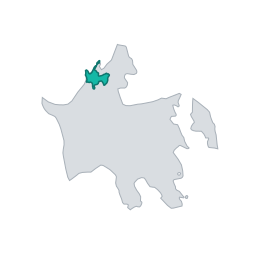 Neftchala District, Neftçala, Azerbaijan (highlighted), rotated 203°
{"feature_id": "54616110B40961788089107", "entity_name": "Neftchala District", "entity_type": "district", "adm_level": 2, "iso_a3": "AZE", "parent_name": "Azerbaijan", "parent_adm1": "Neftçala", "projection": "albers", "projection_center": [49.058, 39.291], "detail": "fine", "context": "in_parent", "style": "filled", "palette": "teal", "viewbox_px": 256, "rotation_deg": 203, "n_neighbors": 0, "source": "geoboundaries", "source_scale": "gbopen_adm2", "svg_char_len": 5686}
<svg xmlns="http://www.w3.org/2000/svg" viewBox="0 0 256 256"><g transform="rotate(203 128 128)"><path d="M170.4,200.8L169.4,200.8L162.6,202.4L161.2,201.8L155.5,194.4L154.3,193.6L151.8,193.2L150.3,192.0L149.2,190.0L148.5,188.5L142.6,184.4L141.7,183.0L141.6,181.7L142.5,180.5L143.5,179.5L146.4,178.6L149.8,177.8L150.9,177.1L151.5,176.1L151.5,174.4L150.9,172.7L146.1,169.6L145.6,168.2L145.4,166.6L145.7,164.9L146.5,163.6L150.5,161.9L152.6,160.0L151.3,157.9L147.1,153.1L142.1,147.9L138.7,147.8L134.8,149.3L128.5,153.6L125.0,155.5L120.5,158.5L115.5,161.9L111.4,165.6L108.8,168.6L104.4,169.8L102.0,172.4L94.3,179.9L92.2,179.7L92.2,175.9L92.4,172.9L91.9,171.1L89.6,168.6L89.6,167.6L90.3,167.0L92.1,167.4L94.5,167.3L95.7,166.4L93.2,163.2L91.0,161.0L89.1,159.5L88.7,158.7L88.7,158.1L89.1,157.4L92.5,155.7L92.8,154.1L92.7,152.3L87.6,149.5L83.6,150.4L80.2,147.3L78.1,145.0L75.4,142.4L72.9,141.0L70.6,137.8L66.6,134.5L64.0,133.5L64.1,133.0L64.6,132.5L65.7,132.0L73.1,132.4L74.0,131.9L74.5,130.5L75.6,128.6L76.8,125.6L76.8,123.1L69.6,118.8L64.4,114.9L60.9,109.9L58.6,105.4L58.7,103.9L59.5,102.5L65.3,98.6L65.8,97.5L65.7,96.8L63.7,94.6L61.3,92.4L60.5,90.7L59.0,89.9L55.9,89.7L50.7,86.8L49.6,86.5L49.3,85.9L49.6,85.4L53.5,84.5L53.5,83.6L52.4,82.4L50.2,81.4L48.4,79.2L47.8,77.3L54.9,72.0L56.9,71.0L61.4,72.2L70.5,76.2L69.8,78.3L70.7,79.5L72.8,81.1L76.9,82.9L80.3,83.8L82.1,83.2L84.8,82.6L88.2,84.6L91.3,87.0L92.9,88.0L93.8,88.3L96.2,87.6L99.2,84.7L100.5,81.1L100.8,79.4L99.2,76.9L95.8,74.2L91.9,71.8L89.5,69.7L88.0,65.7L86.4,65.2L86.0,64.6L85.8,63.3L85.9,61.4L86.5,59.9L88.1,59.3L89.7,59.2L91.2,57.8L93.1,55.1L93.9,53.6L97.2,54.6L97.6,57.1L98.2,57.6L99.6,57.4L102.0,56.4L103.8,57.2L106.2,60.2L109.4,63.4L111.2,65.5L111.8,66.9L113.5,68.3L116.0,70.0L117.9,72.6L119.6,78.6L121.3,80.0L127.7,82.4L130.0,82.9L136.3,83.8L138.6,83.2L141.9,78.2L144.9,72.9L147.6,71.8L152.6,69.3L155.5,67.0L156.8,64.4L159.6,59.5L161.3,56.8L164.2,59.2L169.2,65.9L176.4,76.7L178.2,79.7L179.3,83.3L180.3,87.6L182.0,91.4L189.4,100.9L192.6,104.4L197.8,108.9L199.7,110.0L202.1,110.2L206.6,110.2L210.7,111.9L212.8,113.2L214.9,115.0L216.8,117.0L218.8,122.6L211.6,120.9L204.4,121.2L200.3,122.5L196.3,124.1L192.6,126.5L190.2,131.0L188.2,141.5L185.3,151.3L185.4,155.8L186.7,160.1L186.6,162.2L185.2,163.1L183.5,164.9L181.3,173.9L180.2,175.7L178.7,176.8L178.3,175.8L178.4,173.4L175.2,171.3L173.5,173.7L172.3,178.6L169.9,183.8L169.8,184.8L170.4,200.8ZM64.2,106.5L64.5,105.1L63.7,104.5L62.7,104.4L61.9,105.1L61.8,106.8L62.9,107.2L64.2,106.5ZM38.7,146.3L37.7,144.8L37.2,143.9L40.4,143.4L45.9,141.7L47.3,142.7L48.8,144.8L49.5,146.5L49.5,149.6L50.1,150.2L52.7,149.2L53.8,150.5L55.8,152.1L59.2,153.7L64.3,151.6L66.8,151.1L68.9,151.2L70.0,152.0L70.3,154.4L69.8,157.4L69.1,159.0L70.1,160.3L74.2,163.3L75.8,165.0L74.9,167.7L77.7,174.6L78.7,177.3L79.8,180.6L73.5,179.1L62.2,175.9L59.1,174.4L56.3,170.5L54.6,168.6L52.1,166.1L50.0,165.2L48.5,163.5L47.7,161.0L46.4,158.8L44.2,156.1L39.3,147.2L38.7,146.3ZM48.0,88.4L47.3,88.9L46.2,88.4L46.0,87.3L46.1,86.2L47.2,85.9L48.0,86.3L48.2,87.3L48.0,88.4Z" fill="#d9dde1" stroke="#a8b0b8" stroke-width="1"/><path d="M166.8,158.0L166.6,158.1L166.3,158.4L166.2,158.5L166.0,158.9L166.0,159.5L165.6,160.0L165.4,160.3L165.2,160.9L165.1,161.7L165.1,162.4L165.2,163.7L165.4,164.3L165.6,164.8L166.0,165.4L166.1,166.0L166.2,166.8L166.2,167.4L166.0,168.0L165.9,168.4L165.8,169.0L165.9,169.5L166.4,169.8L166.9,170.0L167.1,170.1L167.3,170.0L167.6,170.0L168.1,169.7L168.5,169.7L168.9,170.0L169.1,170.0L169.3,169.9L169.8,169.4L170.1,168.9L170.3,168.5L170.9,168.1L171.4,167.7L171.7,167.1L172.0,166.6L172.4,166.2L172.9,165.8L173.5,165.4L174.0,165.0L174.5,164.7L175.0,164.5L175.5,164.5L176.0,165.1L176.1,165.5L176.2,166.1L176.4,166.5L176.6,166.9L176.8,167.1L177.6,167.1L178.1,167.1L178.4,167.3L179.0,167.7L179.7,168.1L180.2,168.3L180.9,168.3L181.4,168.4L181.8,168.8L181.7,169.6L181.6,170.1L181.5,170.9L181.5,171.5L181.4,172.0L181.3,172.5L181.4,173.0L181.6,173.0L182.2,172.5L182.5,171.4L182.8,170.6L182.8,170.0L182.8,169.0L182.8,167.9L182.8,167.3L182.9,166.8L182.9,166.5L182.9,165.9L183.0,164.9L183.3,164.2L183.8,163.4L184.1,163.0L184.6,162.8L185.4,163.0L186.0,163.7L186.6,164.2L187.2,164.7L187.8,164.9L188.5,165.1L189.0,165.1L189.3,164.7L189.5,164.2L189.1,163.6L188.7,162.9L188.4,162.3L188.2,161.7L188.0,161.1L188.0,160.6L187.8,160.0L187.1,159.5L186.5,158.9L185.8,158.3L185.4,157.6L185.0,156.9L184.5,156.3L184.5,155.4L184.4,154.8L184.3,154.1L184.2,153.7L184.2,153.8L183.9,153.9L183.8,154.2L183.5,154.3L183.0,154.6L182.7,154.6L182.0,154.7L181.6,154.7L181.3,154.9L181.0,155.1L180.9,155.3L180.6,155.5L180.3,155.7L179.8,155.6L179.4,155.5L179.1,155.4L178.6,155.3L178.5,155.2L178.2,155.0L178.0,154.8L177.8,154.5L177.6,154.1L177.6,153.8L177.3,153.4L177.1,153.2L177.0,152.8L176.8,152.5L176.7,152.1L176.2,151.7L176.0,151.4L175.8,151.1L175.6,150.7L175.3,150.6L174.9,150.6L174.5,150.6L174.2,151.0L174.2,151.7L174.3,152.1L174.7,152.5L174.9,152.7L175.3,153.0L175.5,153.4L175.6,153.7L175.6,153.9L175.5,154.4L175.2,154.8L174.8,155.2L174.5,155.3L174.1,155.6L173.8,155.9L173.5,156.0L173.3,156.4L173.0,156.9L172.8,157.4L172.9,157.8L172.9,158.3L172.9,158.7L173.1,159.1L172.9,159.4L172.8,159.7L172.3,159.8L171.9,160.2L171.6,160.4L171.4,160.6L170.9,160.8L170.7,160.9L170.3,160.7L170.0,160.7L169.5,160.3L169.1,160.0L168.7,159.8L168.4,159.6L168.2,159.3L167.9,159.0L167.7,158.9L167.4,158.5L167.0,158.2L166.9,158.1L166.8,158.0ZM180.3,178.6L180.4,178.8L180.7,178.8L180.9,178.6L181.1,178.2L181.3,177.5L181.5,177.0L181.8,176.5L182.0,175.8L181.8,174.9L181.6,174.4L181.3,174.4L181.2,174.8L181.1,175.3L181.0,175.7L180.5,176.1L180.1,176.4L179.9,176.9L179.8,177.3L180.1,178.0L180.2,178.5L180.3,178.6Z" fill="#14b8a6" stroke="#0f766e" stroke-width="1.5"/></g></svg>